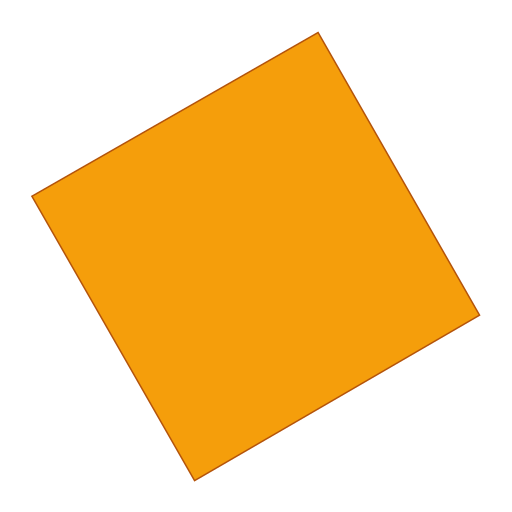 Pocahontas, Iowa, United States of America, rotated 60°
{"feature_id": "52423323B21865505270884", "entity_name": "Pocahontas", "entity_type": "district", "adm_level": 2, "iso_a3": "USA", "parent_name": "United States of America", "parent_adm1": "Iowa", "projection": "albers", "projection_center": [-94.679, 42.734], "detail": "fine", "context": "isolated", "style": "filled", "palette": "amber", "viewbox_px": 512, "rotation_deg": 60, "n_neighbors": 0, "source": "geoboundaries", "source_scale": "gbopen_adm2", "svg_char_len": 236}
<svg xmlns="http://www.w3.org/2000/svg" viewBox="0 0 512 512"><g transform="rotate(60 256 256)"><path d="M93.5,90.5L92.2,420.2L419.8,421.5L419.6,340.1L419.0,92.0L93.5,90.5Z" fill="#f59e0b" stroke="#b45309" stroke-width="1.5"/></g></svg>